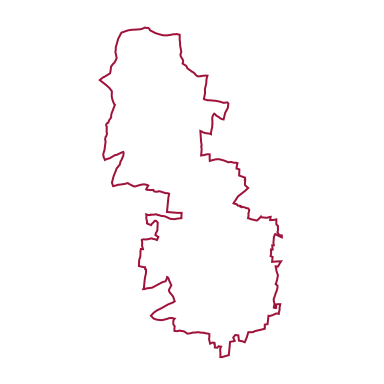 outline of Temozón, Yucatán, Mexico, rotated 268°
{"feature_id": "50627088B86560413355092", "entity_name": "Temozón", "entity_type": "district", "adm_level": 2, "iso_a3": "MEX", "parent_name": "Mexico", "parent_adm1": "Yucatán", "projection": "albers", "projection_center": [-88.068, 20.894], "detail": "fine", "context": "isolated", "style": "outline", "palette": "rose", "viewbox_px": 384, "rotation_deg": 268, "n_neighbors": 0, "source": "geoboundaries", "source_scale": "gbopen_adm2", "svg_char_len": 6032}
<svg xmlns="http://www.w3.org/2000/svg" viewBox="0 0 384 384"><g transform="rotate(268 192 192)"><path d="M41.7,229.5L45.1,228.1L47.6,230.3L47.1,233.3L41.8,233.7L41.2,236.7L40.0,239.5L44.9,241.7L49.9,243.4L49.8,248.0L50.2,249.0L50.7,249.7L52.7,259.7L53.2,259.6L53.7,260.2L55.1,260.0L56.9,260.1L57.3,262.9L65.6,264.1L65.4,265.5L66.1,268.2L67.6,271.8L67.6,273.0L67.2,274.5L69.1,274.7L70.9,275.4L73.6,275.5L76.8,276.3L76.9,274.3L76.7,272.1L75.3,272.1L75.3,271.5L73.8,272.0L73.2,272.0L73.1,271.3L73.6,269.7L77.4,270.6L79.5,270.0L82.1,269.9L85.0,271.1L88.2,272.2L89.3,272.8L92.6,273.9L94.2,274.2L95.6,274.1L95.9,273.5L97.1,272.4L97.9,272.9L100.6,273.7L101.1,274.0L103.8,274.5L105.9,275.0L108.2,274.2L110.8,273.5L113.4,273.5L113.5,273.1L114.8,273.0L114.5,275.3L118.6,277.8L119.6,278.6L119.7,276.5L119.4,269.6L124.3,270.3L125.2,268.3L128.2,269.0L131.8,268.9L131.7,270.6L135.9,270.3L135.9,271.9L138.6,271.6L142.6,272.1L144.2,272.3L146.9,273.5L147.1,273.8L145.2,276.9L143.5,280.2L144.5,280.3L145.5,280.2L145.9,277.1L147.2,277.0L148.8,276.0L150.4,276.5L152.6,276.7L153.9,276.5L154.7,276.8L155.3,276.6L156.5,275.3L157.0,275.2L161.7,275.3L161.2,272.4L161.2,269.1L164.4,269.7L164.2,268.2L163.7,266.5L163.7,265.0L164.4,260.0L164.9,259.9L163.2,258.3L161.2,255.9L162.8,249.9L163.5,248.4L163.9,247.1L166.5,247.7L168.4,247.6L171.8,248.6L172.3,248.5L173.6,247.6L173.8,247.3L173.9,245.8L174.4,245.1L175.1,243.1L175.2,241.7L175.0,241.0L175.7,239.8L176.4,240.1L176.9,237.6L176.8,237.4L178.2,236.2L178.5,235.5L178.5,234.8L179.3,233.1L186.0,237.8L191.0,244.7L194.0,248.3L196.8,245.4L197.7,245.1L202.4,245.6L202.4,245.2L204.5,245.5L206.8,239.7L213.0,240.1L213.9,237.3L217.0,237.8L219.3,238.5L219.6,237.8L219.8,235.0L220.7,231.7L220.4,229.5L222.5,224.7L223.8,220.3L223.9,217.3L222.9,212.6L222.4,210.9L224.6,210.8L229.0,211.0L229.2,209.0L229.1,207.9L228.5,205.4L228.2,202.4L234.0,203.1L235.1,203.1L237.2,202.8L238.0,203.3L242.5,202.8L252.7,202.5L252.0,204.0L251.4,204.8L250.4,207.3L249.8,211.2L249.1,213.0L250.3,213.0L253.7,213.7L256.2,214.5L258.0,214.5L259.4,214.9L260.3,214.7L262.9,214.9L264.6,214.7L266.8,215.2L267.8,215.6L269.5,216.9L268.8,218.0L267.6,218.8L265.7,221.7L264.6,222.9L263.8,224.5L263.4,226.1L269.9,227.9L275.0,230.8L279.3,231.4L280.3,230.3L280.0,226.8L281.3,223.0L282.2,219.5L283.1,212.6L283.1,210.9L284.2,207.5L284.5,207.1L290.0,208.4L292.1,208.6L293.7,208.4L296.0,208.9L299.8,210.0L303.2,210.3L305.1,210.6L307.7,211.5L307.9,209.5L307.8,208.8L307.8,207.3L307.4,204.4L307.4,201.7L308.5,200.2L309.6,199.2L310.1,199.1L311.2,197.8L312.1,196.7L312.5,195.6L313.0,195.3L315.5,192.0L316.1,191.5L317.9,190.9L318.7,190.1L318.8,189.7L320.7,187.1L322.9,187.7L323.8,187.7L325.2,187.1L326.9,186.0L328.4,185.4L329.7,185.2L332.4,186.2L339.1,185.2L341.6,185.3L344.6,185.0L349.5,185.2L349.9,184.3L350.0,183.3L350.4,182.2L350.2,180.7L350.3,178.7L349.8,176.2L349.4,172.3L349.6,168.8L350.8,164.6L352.0,161.2L354.9,156.0L355.3,155.5L356.4,155.2L357.4,154.1L357.6,153.3L357.5,152.3L358.0,150.8L357.0,148.4L356.4,145.7L356.2,137.6L355.8,133.8L353.7,127.0L347.7,123.6L338.9,120.8L336.9,120.8L334.5,120.3L331.7,120.9L329.0,121.3L328.1,121.3L324.6,119.4L323.5,118.5L322.9,117.7L320.2,115.5L315.1,114.7L313.4,114.2L310.0,108.2L310.0,107.8L309.3,106.7L307.1,103.7L302.1,109.7L298.8,113.1L295.7,115.3L295.2,115.4L290.5,115.1L287.8,115.5L284.0,116.7L282.1,117.6L281.8,118.0L273.1,114.3L271.4,113.9L269.4,113.8L266.7,111.8L264.2,110.7L263.7,109.6L263.2,109.2L262.7,108.7L261.4,108.5L260.1,109.1L255.4,108.8L253.4,109.1L250.9,108.3L250.3,107.7L247.9,107.0L245.3,107.4L236.5,105.9L235.2,105.3L232.7,104.6L230.1,104.9L227.0,106.2L227.8,107.5L227.8,108.2L228.2,108.9L228.6,111.0L231.5,116.2L231.7,118.0L234.0,123.2L234.4,124.8L234.2,124.9L232.9,125.0L230.3,124.5L228.5,123.5L226.6,122.7L225.1,121.6L224.3,121.5L221.5,120.6L220.4,119.3L219.4,118.7L218.3,117.5L215.6,116.5L210.8,114.3L204.1,112.3L200.6,113.4L201.3,116.9L201.7,117.7L202.1,122.4L202.6,126.1L203.1,127.6L203.1,128.2L201.9,129.9L201.1,131.5L199.6,134.1L199.6,135.5L201.0,140.9L201.4,144.3L200.5,147.8L199.9,148.5L198.2,147.3L196.2,146.3L195.7,147.3L195.7,148.3L195.4,150.0L195.4,153.4L194.9,153.4L193.8,154.5L193.5,156.1L193.6,158.1L194.0,158.8L193.6,160.5L191.7,165.7L191.7,167.5L191.1,169.1L187.2,168.2L172.9,166.3L171.7,176.2L171.5,180.9L168.4,180.6L166.2,180.5L165.9,176.2L165.5,174.2L165.5,172.8L165.9,169.6L168.5,164.3L168.9,162.9L169.1,160.8L169.6,159.2L170.1,158.1L170.1,157.1L171.0,155.6L170.7,152.7L170.8,149.9L170.4,149.7L170.4,148.9L170.5,147.7L171.2,145.5L169.5,145.7L168.2,145.4L166.5,145.5L163.9,146.1L162.2,145.9L161.6,146.9L161.0,148.5L160.3,149.9L161.7,150.9L163.4,152.8L164.5,153.7L164.6,154.0L164.3,155.2L162.6,156.7L154.9,156.0L153.7,155.5L152.3,154.5L150.3,153.9L148.7,156.1L148.3,156.8L145.2,155.3L146.1,153.4L146.4,151.7L147.1,150.0L146.2,145.4L146.2,143.9L146.4,142.0L146.0,140.2L145.3,140.1L143.5,140.5L141.5,140.4L140.6,140.1L136.6,141.0L136.8,138.9L133.7,138.3L132.4,138.4L128.8,138.0L127.3,137.3L125.1,136.7L123.8,136.7L119.9,136.3L119.0,139.3L118.4,142.5L116.5,142.5L116.4,143.2L116.1,143.4L112.1,143.1L109.2,142.3L105.6,141.6L97.9,140.6L96.6,139.9L96.6,141.1L97.2,143.0L97.8,148.9L102.8,159.0L103.7,162.4L105.9,163.6L107.9,164.2L107.6,164.7L106.3,165.6L105.1,165.8L99.4,168.1L95.9,166.0L95.0,165.6L93.7,165.6L91.6,166.8L91.3,167.2L88.1,169.5L83.3,170.9L82.0,168.5L80.5,164.2L76.9,157.3L74.9,152.9L72.9,149.8L69.8,146.6L66.9,149.2L65.8,151.8L65.2,155.1L65.0,157.2L65.1,158.2L65.5,160.3L66.3,163.6L66.8,164.8L66.7,166.4L66.9,167.5L66.7,167.9L66.0,170.2L65.1,169.3L63.7,168.8L60.8,168.7L59.8,169.1L58.4,170.0L55.8,169.6L53.8,169.6L53.4,172.7L54.0,175.0L53.6,175.9L53.3,178.0L52.6,179.8L50.6,182.4L50.9,185.8L51.5,188.0L51.4,189.8L51.7,193.0L51.1,196.3L50.9,199.2L50.4,200.3L49.8,203.6L49.4,204.4L46.7,204.3L44.3,203.9L39.8,204.8L40.8,207.3L40.5,209.1L39.5,208.9L39.2,209.5L35.8,209.4L35.5,211.9L36.9,213.1L36.4,215.6L35.3,215.0L34.2,214.8L32.4,214.6L30.4,214.8L26.0,214.6L26.0,216.4L27.7,223.1L40.9,224.8L41.4,228.2L41.7,229.5Z" fill="none" stroke="#9f1239" stroke-width="2"/></g></svg>